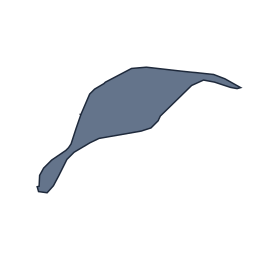 outline of Janjanbureh, Central River, Gambia, rotated 135°
{"feature_id": "56634734B22755125769096", "entity_name": "Janjanbureh", "entity_type": "district", "adm_level": 2, "iso_a3": "GMB", "parent_name": "Gambia", "parent_adm1": "Central River", "projection": "equal_earth", "projection_center": [-14.759, 13.54], "detail": "fine", "context": "isolated", "style": "filled", "palette": "slate", "viewbox_px": 256, "rotation_deg": 135, "n_neighbors": 0, "source": "geoboundaries", "source_scale": "gbopen_adm2", "svg_char_len": 769}
<svg xmlns="http://www.w3.org/2000/svg" viewBox="0 0 256 256"><g transform="rotate(135 128 128)"><path d="M233.8,150.7L234.4,149.5L236.2,146.3L231.0,139.4L221.6,139.9L211.1,143.1L193.4,149.0L183.3,149.0L165.2,144.4L155.8,141.1L120.7,116.4L118.3,115.2L111.7,111.8L101.6,111.8L99.2,112.7L96.7,113.6L52.9,113.1L40.7,108.5L34.4,99.3L26.8,84.2L23.0,78.7L19.8,76.9L20.0,77.6L24.7,94.3L26.1,97.4L29.6,105.3L40.2,118.4L40.4,118.7L43.2,122.0L50.1,130.5L72.0,158.0L74.6,160.2L83.4,167.6L111.6,176.4L113.6,176.4L116.3,177.1L124.1,179.1L130.5,179.1L131.1,179.1L151.6,170.9L152.0,171.2L152.0,170.7L165.2,164.3L179.5,157.0L184.0,156.1L187.8,156.1L204.6,159.3L204.9,159.3L216.0,159.3L224.0,157.0L232.0,149.7L233.8,150.7Z" fill="#64748b" stroke="#1e293b" stroke-width="1.5"/></g></svg>